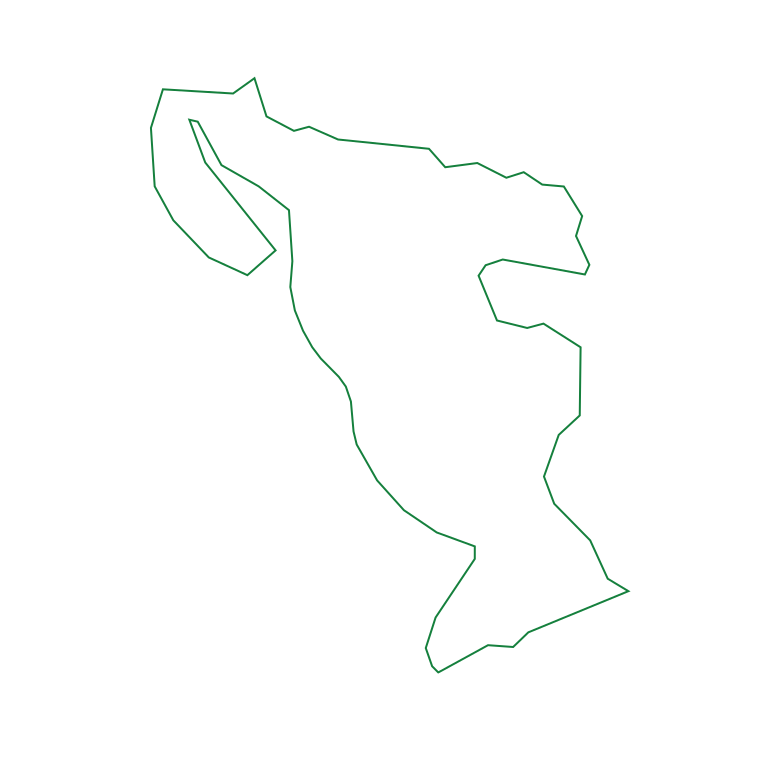 Larne, Natural Earth projection, rotated 193°
{"feature_id": "GBR-2095", "entity_name": "Larne", "entity_type": "District", "adm_level": 1, "iso_a3": "GBR", "parent_name": "United Kingdom", "parent_adm1": "", "projection": "natural_earth1", "projection_center": [-5.903, 54.904], "detail": "fine", "context": "isolated", "style": "outline", "palette": "green", "viewbox_px": 768, "rotation_deg": 193, "n_neighbors": 0, "source": "natural_earth", "source_scale": "10m", "svg_char_len": 1005}
<svg xmlns="http://www.w3.org/2000/svg" viewBox="0 0 768 768"><g transform="rotate(193 384 384)"><path d="M266.3,115.2L273.6,119.8L283.9,136.1L281.2,168.1L256.2,234.0L259.0,246.2L299.2,251.2L336.2,265.5L369.0,288.5L397.0,318.9L403.0,330.9L412.3,359.5L420.6,372.9L429.6,380.8L451.3,394.6L462.2,403.7L474.9,417.7L487.4,435.6L497.1,457.4L500.9,483.0L515.7,532.0L550.6,548.4L591.6,560.7L624.5,597.7L633.1,597.7L608.0,559.6L519.7,489.8L541.6,459.3L583.2,467.9L626.1,496.1L651.9,525.0L668.7,581.1L665.7,621.4L596.4,633.1L579.0,652.8L558.7,618.3L528.7,610.4L514.9,617.8L483.8,611.9L393.1,623.3L373.1,609.0L342.8,620.3L311.2,612.5L295.5,621.8L274.7,613.9L253.2,616.9L228.7,592.2L230.2,571.4L210.7,546.3L212.9,535.9L296.3,532.0L311.7,522.6L316.2,510.8L288.2,471.3L257.1,470.8L242.2,478.7L200.7,464.0L186.2,397.4L202.3,373.7L207.3,329.8L191.2,305.6L147.9,278.0L122.2,244.6L99.3,237.1L187.5,174.5L199.0,156.8L223.9,152.9L263.8,117.3L266.2,115.2L266.3,115.2Z" fill="none" stroke="#15803d" stroke-width="2"/></g></svg>